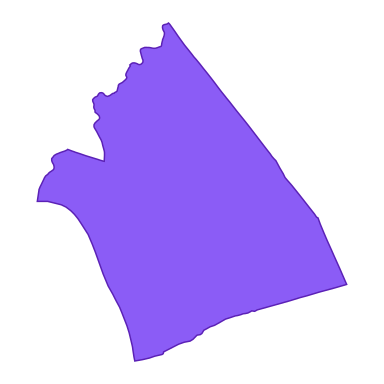 the district of Thi xa Hong Ngu, Ðong Tháp, Vietnam
{"feature_id": "81297802B45020933584847", "entity_name": "Thi xa Hong Ngu", "entity_type": "district", "adm_level": 2, "iso_a3": "VNM", "parent_name": "Vietnam", "parent_adm1": "Ðong Tháp", "projection": "mercator", "projection_center": [105.358, 10.825], "detail": "fine", "context": "isolated", "style": "filled", "palette": "violet", "viewbox_px": 384, "rotation_deg": 0, "n_neighbors": 0, "source": "geoboundaries", "source_scale": "gbopen_adm2", "svg_char_len": 4149}
<svg xmlns="http://www.w3.org/2000/svg" viewBox="0 0 384 384"><path d="M134.8,361.0L142.7,359.6L149.5,358.0L154.7,356.2L162.0,354.5L163.2,353.7L163.5,352.6L163.6,351.9L178.6,344.2L184.3,342.2L190.1,341.1L193.0,339.3L196.3,335.9L197.2,335.1L198.7,334.9L200.3,334.6L201.9,333.5L203.3,331.1L203.9,330.2L206.4,328.9L210.1,326.8L214.6,325.3L220.5,322.0L225.5,319.1L230.0,317.7L235.3,315.9L237.8,315.5L241.0,314.6L243.0,313.8L245.5,313.5L247.9,313.0L250.8,311.5L251.6,310.9L254.7,311.3L257.1,310.0L257.2,309.9L272.3,305.7L290.1,300.7L300.1,297.6L306.9,295.8L318.9,292.2L335.1,287.8L346.5,284.5L346.7,284.4L345.5,281.8L339.9,268.9L334.1,256.0L330.6,248.1L327.2,240.6L323.9,232.9L320.2,224.0L318.0,217.9L316.5,217.1L314.6,214.2L309.4,207.6L300.3,196.0L293.9,188.0L291.9,185.5L287.1,180.0L285.0,177.5L283.2,173.7L279.8,168.0L277.4,163.5L275.9,160.7L273.9,158.7L271.9,156.4L270.3,154.0L266.6,149.3L263.0,144.6L248.3,125.4L244.5,120.6L236.8,111.1L236.4,110.6L229.4,101.6L226.4,98.0L225.5,96.8L221.7,92.1L218.1,87.4L214.6,82.7L211.0,78.0L209.8,76.5L207.3,73.3L203.5,68.6L199.9,64.0L196.1,59.4L193.7,56.7L192.3,54.8L188.5,50.0L184.6,45.2L181.2,40.5L177.9,35.9L174.7,31.2L170.0,24.6L169.4,23.9L168.9,23.4L168.4,23.0L168.0,23.4L167.4,23.8L166.4,24.2L164.7,24.5L163.6,24.9L162.7,25.6L162.5,26.8L162.5,27.8L163.0,29.8L163.5,30.7L164.0,31.7L164.3,32.3L164.4,32.7L164.4,33.9L164.3,34.7L164.1,35.7L163.6,37.1L163.1,38.6L162.7,39.2L162.5,40.5L162.2,41.6L161.7,43.8L161.6,45.1L161.4,45.7L161.2,46.1L161.0,46.4L160.4,46.6L159.1,47.0L157.6,47.6L155.7,48.2L154.7,48.3L153.8,48.3L152.8,48.2L152.3,48.1L150.5,47.7L149.1,47.5L144.8,47.4L141.7,48.6L140.6,49.3L140.3,51.0L140.8,53.0L141.3,55.0L142.4,58.9L142.8,59.5L142.9,60.1L143.0,60.8L142.9,62.0L142.6,62.7L141.8,63.5L141.2,64.1L140.5,64.4L139.5,64.6L139.0,64.6L138.5,64.4L137.9,64.2L137.3,63.8L136.3,63.4L135.4,63.1L134.4,62.9L133.4,62.9L132.5,63.0L131.5,63.5L130.8,64.1L130.3,64.6L129.8,65.0L130.3,65.9L130.3,66.1L128.8,68.2L127.8,70.2L127.3,71.1L126.7,72.2L125.9,74.1L125.9,75.6L126.5,76.6L126.8,77.4L126.7,78.1L125.8,79.4L123.9,81.1L122.3,82.5L121.1,83.1L119.2,84.1L118.4,85.2L118.3,86.0L118.2,86.8L117.9,87.6L117.8,88.2L117.5,89.2L117.4,89.8L117.3,90.3L117.0,91.0L116.8,91.4L116.5,91.6L116.2,91.8L115.4,92.2L114.5,92.7L114.2,93.2L113.6,93.3L112.6,93.5L111.5,94.3L111.0,94.7L110.2,95.3L109.1,95.8L108.3,96.1L107.7,96.3L107.2,96.4L105.8,95.8L105.2,95.5L104.8,95.1L104.3,94.6L103.6,93.6L102.7,93.0L101.8,92.7L100.9,92.7L99.9,92.8L99.0,93.5L98.3,94.4L97.7,95.7L97.5,95.9L97.1,96.3L96.4,96.6L95.4,97.0L94.6,97.5L93.4,98.7L92.7,99.6L92.7,100.9L93.0,101.9L93.5,102.8L93.6,103.2L93.9,103.9L94.0,104.5L94.0,105.3L93.8,106.8L93.9,107.9L94.3,108.9L94.9,110.1L95.1,110.7L95.0,112.0L95.4,112.5L97.3,113.9L99.0,115.6L99.3,116.4L99.6,117.3L99.6,117.9L99.5,118.6L98.9,119.5L96.9,121.1L94.9,123.1L94.0,124.8L94.0,126.5L94.3,127.6L96.7,131.6L99.7,137.4L101.1,139.9L102.1,142.5L102.7,145.3L103.1,146.7L103.9,149.6L104.3,151.1L104.5,152.7L104.5,153.4L104.5,155.6L104.2,161.3L103.0,161.1L102.5,160.9L101.5,160.6L99.8,160.1L98.4,159.6L92.2,157.7L86.3,155.9L85.1,155.5L79.9,153.7L75.2,152.2L74.0,151.7L71.9,151.0L68.5,149.7L67.6,149.4L67.1,149.9L66.5,150.3L65.7,150.6L64.9,151.0L64.0,151.3L62.2,151.9L61.0,152.3L59.9,152.7L58.6,153.3L57.6,153.7L56.7,154.0L55.6,154.6L55.0,155.0L54.3,155.4L53.7,156.1L53.3,156.6L52.8,157.4L52.1,158.1L51.8,158.4L51.7,159.0L51.7,159.5L51.7,160.3L51.8,160.9L52.2,162.0L52.5,162.7L53.2,163.9L53.5,164.4L53.8,165.3L54.0,166.0L54.0,166.5L54.1,167.1L54.1,167.8L54.0,168.3L53.8,169.0L53.5,169.5L53.0,170.0L52.0,170.7L51.5,171.1L50.2,171.9L49.6,172.3L49.2,172.7L48.7,173.1L48.5,173.4L47.8,174.3L46.6,175.2L45.6,176.0L44.4,177.9L43.6,179.7L42.3,182.4L41.3,184.5L40.0,187.1L39.0,189.6L39.0,190.0L37.3,201.4L38.0,201.4L40.7,201.4L43.6,201.4L47.7,201.4L55.0,203.2L61.4,204.8L63.0,205.6L66.1,207.1L70.9,210.8L74.4,214.3L77.9,218.6L81.2,223.6L86.8,232.4L88.1,234.4L91.5,242.4L92.0,243.5L95.3,252.0L103.2,274.1L108.2,286.1L112.8,294.2L114.7,298.0L116.4,301.3L119.6,307.2L121.9,312.8L126.9,325.6L129.2,332.9L132.1,345.1L132.5,346.9L133.0,350.6L134.0,357.1L134.8,361.0Z" fill="#8b5cf6" stroke="#5b21b6" stroke-width="1.5"/></svg>